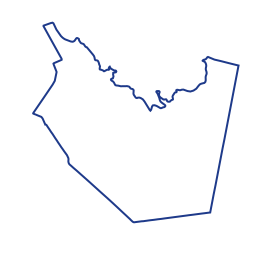 the border of Karakalpakstan, rotated 189°
{"feature_id": "UZB-356", "entity_name": "Karakalpakstan", "entity_type": "Automonous Region", "adm_level": 1, "iso_a3": "UZB", "parent_name": "Uzbekistan", "parent_adm1": "", "projection": "orthographic", "projection_center": [58.854, 43.272], "detail": "fine", "context": "isolated", "style": "outline", "palette": "blue", "viewbox_px": 256, "rotation_deg": 189, "n_neighbors": 0, "source": "natural_earth", "source_scale": "10m", "svg_char_len": 4039}
<svg xmlns="http://www.w3.org/2000/svg" viewBox="0 0 256 256"><g transform="rotate(189 128 128)"><path d="M122.3,45.4L124.2,46.7L129.1,50.0L134.5,53.6L140.2,57.3L146.1,61.1L151.9,64.9L157.6,68.6L162.9,72.0L167.9,75.2L172.1,77.9L175.7,80.1L178.3,81.8L180.1,82.9L180.9,83.8L181.4,84.8L181.7,85.8L181.9,87.9L182.2,88.9L184.0,91.6L187.5,95.1L189.1,96.8L190.8,98.5L192.9,100.8L194.7,102.7L196.4,104.6L198.2,106.5L199.9,108.4L201.6,110.3L203.4,112.1L205.1,114.0L206.8,115.8L209.1,118.3L209.7,118.5L210.3,118.8L210.4,118.7L213.8,124.0L215.3,125.4L223.4,127.3L223.9,127.5L223.9,127.9L223.7,128.4L216.3,144.0L209.2,159.1L207.7,163.1L207.3,171.5L207.3,172.0L207.4,172.4L211.1,178.7L211.7,179.9L211.6,180.1L211.2,180.5L204.9,184.5L204.2,185.0L204.3,185.6L204.5,186.1L218.2,203.6L227.4,215.4L227.4,215.9L220.6,219.6L219.0,220.2L218.6,220.0L218.1,219.8L218.0,219.7L214.1,214.0L208.7,208.4L206.9,207.1L205.4,206.3L203.9,205.7L198.1,204.5L196.4,204.5L195.8,204.7L195.3,205.0L194.8,205.4L194.3,206.0L193.2,208.3L192.7,208.8L191.9,208.9L191.2,208.6L190.5,208.3L190.1,207.1L189.7,206.5L188.0,204.7L187.4,204.4L185.6,204.1L184.9,203.9L184.0,203.0L182.9,201.8L182.5,201.6L182.1,201.4L181.3,201.3L174.0,194.9L172.9,193.8L172.1,192.4L171.6,190.9L171.2,190.2L170.7,189.9L169.3,189.9L168.6,189.8L168.1,189.4L167.7,188.9L166.8,187.4L166.4,186.3L165.6,185.1L165.3,184.5L165.3,182.6L165.2,181.8L164.8,181.4L163.3,181.3L161.7,180.9L161.4,180.8L160.7,180.3L160.3,180.4L160.1,180.5L159.5,181.0L158.0,182.1L157.4,182.4L156.5,182.4L156.1,182.5L155.9,182.7L155.8,182.9L155.8,183.1L155.9,183.3L156.2,183.9L156.3,184.4L156.0,185.3L155.6,185.7L154.9,184.7L154.0,183.9L150.8,182.7L149.2,182.8L148.8,182.6L148.4,182.1L148.5,181.5L148.8,181.1L149.4,180.9L151.2,180.2L151.1,178.6L150.4,176.6L150.7,174.7L151.2,174.4L151.8,174.1L152.3,173.7L152.4,173.0L152.0,172.5L151.3,172.1L150.0,171.6L148.9,170.6L148.0,169.3L147.1,168.3L145.7,168.2L144.4,168.3L141.7,168.1L135.4,169.2L133.8,169.1L133.1,168.9L131.8,167.6L131.1,167.3L129.6,167.2L128.7,166.7L128.3,166.0L128.0,162.9L127.7,162.1L127.2,161.4L125.3,159.4L124.6,159.0L123.8,159.0L123.0,159.5L122.1,159.7L121.2,159.8L119.9,159.5L117.8,158.6L115.8,156.7L109.3,149.1L108.6,148.6L108.0,149.6L107.6,153.0L107.0,154.2L105.7,154.6L104.2,154.5L102.7,154.1L99.4,152.8L98.7,152.7L98.1,152.9L96.5,153.9L95.4,154.3L94.9,154.8L94.6,155.4L94.7,156.1L95.3,156.6L99.0,158.5L100.1,159.3L101.0,160.7L101.8,162.6L104.0,166.3L105.2,167.7L105.6,168.0L105.7,168.4L105.6,168.7L105.2,169.0L103.3,169.3L102.8,169.1L102.4,168.6L102.4,167.9L102.6,167.2L102.7,166.5L102.4,165.0L101.7,164.0L100.6,163.2L97.7,161.8L97.0,161.7L96.5,161.8L95.4,162.2L94.9,162.3L94.4,162.0L93.7,160.9L93.3,160.5L92.7,160.3L92.0,160.3L91.4,160.4L90.8,160.6L90.5,161.1L90.2,161.5L89.4,162.4L88.6,162.8L88.1,163.2L88.3,164.3L88.9,165.7L88.9,166.3L88.7,167.2L87.4,170.1L87.0,170.5L85.8,170.9L85.6,171.4L85.8,172.1L86.2,172.5L86.2,172.9L85.6,173.4L85.0,173.5L82.9,173.4L82.3,173.5L80.7,174.3L79.3,174.6L75.0,173.8L72.1,173.8L69.2,175.2L66.7,177.5L65.0,180.6L63.9,182.3L62.6,183.2L59.6,184.5L58.8,185.7L58.7,187.3L59.3,190.5L59.2,192.0L58.9,193.3L58.9,194.6L59.4,196.1L60.0,197.2L60.4,198.3L60.5,199.5L60.4,200.9L60.5,202.0L60.9,203.2L61.5,204.2L62.1,205.0L62.6,205.3L63.0,205.5L64.5,205.9L64.8,206.1L64.7,206.4L64.4,206.8L63.7,207.3L62.3,207.9L61.6,208.6L60.7,210.3L60.1,210.7L56.3,209.8L53.4,209.1L46.6,208.6L45.5,208.5L39.2,207.9L33.5,207.4L28.6,207.0L28.9,197.7L29.2,188.3L29.5,179.0L29.8,169.6L30.1,160.3L30.4,150.9L30.7,141.6L31.0,132.2L31.4,122.9L31.7,113.5L32.0,104.2L32.3,94.8L32.6,85.5L33.0,76.2L33.3,66.8L33.6,57.5L33.6,57.4L36.4,56.6L39.1,55.8L41.9,55.0L44.6,54.2L47.3,53.4L50.0,52.6L52.8,51.8L54.9,51.2L55.5,51.0L58.2,50.2L60.9,49.4L63.6,48.6L66.3,47.8L69.0,47.0L71.7,46.2L74.4,45.4L77.1,44.6L80.7,43.5L84.3,42.5L87.9,41.4L91.5,40.4L93.2,39.9L94.8,39.4L96.5,38.9L98.1,38.4L99.9,38.0L101.6,37.5L103.3,37.0L105.0,36.5L107.3,35.8L108.0,35.9L108.8,36.2L111.0,37.7L111.6,38.2L113.4,39.4L116.2,41.3L119.8,43.7L122.3,45.4Z" fill="none" stroke="#1e3a8a" stroke-width="2"/></g></svg>